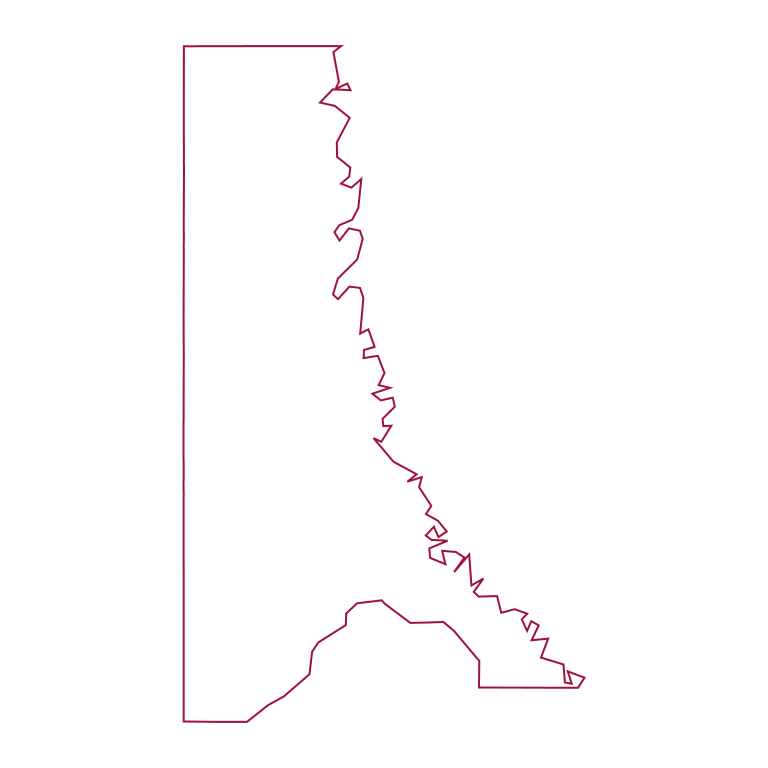 Caddo, Louisiana, United States of America
{"feature_id": "52423323B55471057171446", "entity_name": "Caddo", "entity_type": "district", "adm_level": 2, "iso_a3": "USA", "parent_name": "United States of America", "parent_adm1": "Louisiana", "projection": "robinson", "projection_center": [-93.824, 32.607], "detail": "fine", "context": "isolated", "style": "outline", "palette": "rose", "viewbox_px": 768, "rotation_deg": 0, "n_neighbors": 0, "source": "geoboundaries", "source_scale": "gbopen_adm2", "svg_char_len": 2046}
<svg xmlns="http://www.w3.org/2000/svg" viewBox="0 0 768 768"><path d="M183.9,159.5L183.8,160.1L184.0,167.4L183.7,228.1L183.9,236.7L183.9,238.1L183.8,242.0L183.7,245.0L183.8,252.3L183.6,313.8L183.7,344.9L183.8,354.5L183.8,357.1L183.7,372.1L183.7,375.1L183.7,381.8L183.6,419.4L183.5,423.3L183.5,458.6L183.6,461.0L183.7,467.9L183.7,478.0L183.5,483.2L183.5,485.0L183.6,488.3L183.6,490.2L183.7,494.4L183.7,495.7L183.6,496.4L183.6,521.5L183.6,525.1L183.6,553.7L183.6,554.3L183.6,560.5L183.7,576.1L183.7,584.1L183.7,661.1L183.7,703.4L183.7,721.5L220.1,721.9L246.9,721.9L268.3,705.0L284.0,696.3L309.5,674.2L312.1,651.8L318.2,642.5L345.8,625.1L346.2,613.5L357.1,603.3L381.8,600.3L384.6,603.6L410.3,622.9L429.2,622.5L443.3,621.9L454.0,630.9L479.3,661.0L479.0,687.5L578.0,687.8L584.5,677.7L567.8,671.4L571.7,683.7L564.9,682.5L563.5,664.5L541.0,657.6L548.2,638.6L531.6,640.3L538.7,625.4L531.3,621.2L527.1,630.9L521.8,619.4L527.2,613.7L514.6,609.2L501.2,612.8L497.1,596.1L478.7,596.6L473.7,591.9L483.4,578.6L471.4,585.4L469.2,554.4L454.1,572.1L464.4,557.5L455.9,552.0L442.2,550.8L445.4,564.2L430.1,557.9L429.3,548.4L447.5,540.7L431.5,539.9L425.8,535.5L433.9,526.7L438.5,537.1L446.7,531.5L438.0,520.8L425.9,514.1L431.3,505.9L419.1,487.2L421.8,477.1L407.4,481.7L416.6,474.3L393.6,461.8L373.5,438.1L381.3,441.8L391.3,425.7L383.3,426.1L382.6,418.8L394.8,406.7L392.8,397.7L380.8,400.4L372.4,393.7L390.0,387.8L378.7,385.1L384.5,373.0L377.8,355.8L363.6,358.1L364.0,350.0L374.6,346.9L368.4,329.3L360.2,333.6L363.4,298.1L360.0,287.9L349.4,286.6L338.0,299.2L333.0,294.5L337.9,278.5L357.2,259.5L362.7,238.9L359.9,230.7L348.9,228.4L339.5,240.5L334.4,232.2L339.4,225.1L352.1,219.8L358.3,208.0L361.3,179.0L351.4,187.6L341.0,183.7L349.2,176.6L350.3,167.5L337.1,156.9L336.8,142.4L349.7,117.9L334.9,105.9L320.0,102.6L332.8,89.3L350.5,90.2L347.4,83.5L335.6,88.9L338.9,81.8L333.4,52.1L341.1,46.1L196.6,46.2L194.2,46.3L188.8,46.3L185.0,46.2L183.9,46.2L183.8,98.4L183.8,112.9L183.8,135.8L183.9,144.9L183.9,149.9L183.9,159.5Z" fill="none" stroke="#9f1239" stroke-width="2"/></svg>